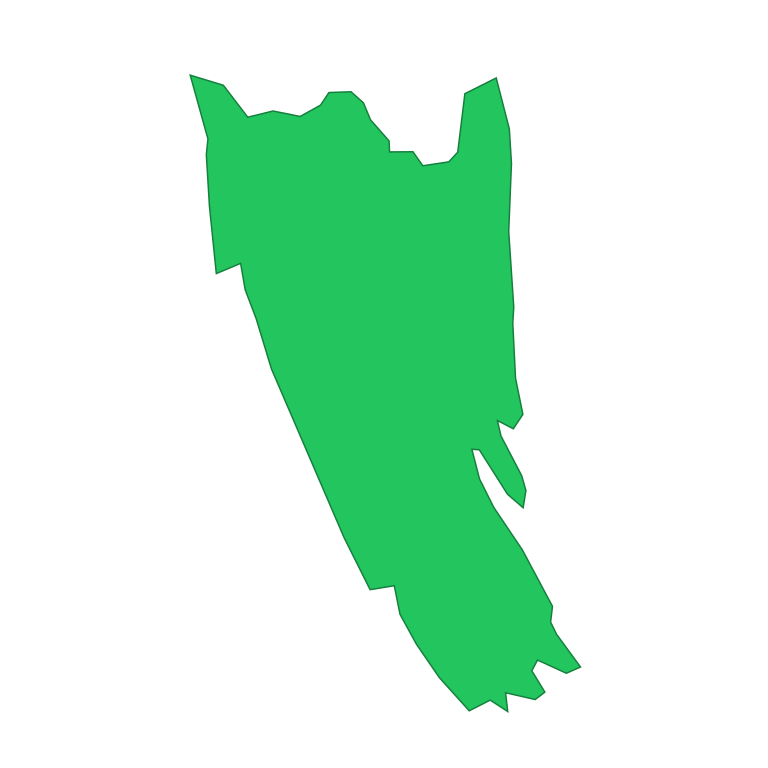 the district of Perry, Pennsylvania, United States of America, rotated 276°
{"feature_id": "52423323B70700316727445", "entity_name": "Perry", "entity_type": "district", "adm_level": 2, "iso_a3": "USA", "parent_name": "United States of America", "parent_adm1": "Pennsylvania", "projection": "robinson", "projection_center": [-77.275, 40.407], "detail": "fine", "context": "isolated", "style": "filled", "palette": "green", "viewbox_px": 768, "rotation_deg": 276, "n_neighbors": 0, "source": "geoboundaries", "source_scale": "gbopen_adm2", "svg_char_len": 944}
<svg xmlns="http://www.w3.org/2000/svg" viewBox="0 0 768 768"><g transform="rotate(276 384 384)"><path d="M670.9,159.0L609.3,183.3L593.8,183.3L542.6,191.8L476.3,205.7L489.0,228.8L463.2,236.1L435.5,250.1L387.2,270.5L226.8,360.5L178.0,391.7L184.5,415.3L156.6,424.0L128.4,443.6L97.7,469.8L67.9,502.9L80.7,522.6L71.2,541.3L89.6,537.2L86.0,567.4L94.4,576.2L114.2,561.0L125.5,565.5L115.4,595.6L123.1,609.0L153.1,581.8L164.6,574.6L180.5,574.8L233.4,539.0L272.7,506.1L299.6,488.9L328.3,478.2L328.5,485.7L287.2,518.4L275.5,535.3L292.9,536.3L307.4,530.4L344.5,505.8L359.5,500.6L353.0,517.3L368.3,525.3L403.5,514.2L458.1,505.7L474.2,505.0L548.6,492.1L616.8,487.7L650.7,482.0L700.1,463.6L681.2,434.1L622.2,433.1L611.7,425.2L605.1,399.8L618.0,388.5L615.4,365.3L626.3,363.6L645.3,343.0L661.4,334.2L671.2,320.7L668.1,298.8L654.7,291.7L641.3,272.6L643.9,245.1L635.1,220.6L664.3,193.0L670.9,159.0Z" fill="#22c55e" stroke="#15803d" stroke-width="1.5"/></g></svg>